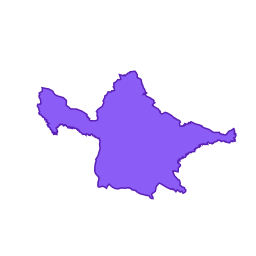 the district of Kumphawapi, Udon Thani, Thailand, rotated 128°
{"feature_id": "78962969B78626790944286", "entity_name": "Kumphawapi", "entity_type": "district", "adm_level": 2, "iso_a3": "THA", "parent_name": "Thailand", "parent_adm1": "Udon Thani", "projection": "equal_earth", "projection_center": [102.971, 17.074], "detail": "fine", "context": "isolated", "style": "filled", "palette": "violet", "viewbox_px": 256, "rotation_deg": 128, "n_neighbors": 0, "source": "geoboundaries", "source_scale": "gbopen_adm2", "svg_char_len": 5784}
<svg xmlns="http://www.w3.org/2000/svg" viewBox="0 0 256 256"><g transform="rotate(128 128 128)"><path d="M171.7,206.4L171.7,205.7L171.3,205.5L171.2,205.1L171.9,204.6L171.4,204.7L171.3,203.9L171.5,203.8L171.3,203.4L172.0,201.9L171.4,201.2L171.3,200.3L171.6,200.2L171.8,199.2L172.5,198.8L171.9,198.5L171.8,197.5L172.1,197.7L172.1,197.3L172.8,196.9L172.3,196.8L172.5,195.7L173.3,195.7L173.2,193.5L173.5,193.9L173.7,193.2L174.1,193.3L174.9,193.9L175.4,193.1L175.0,192.6L175.6,191.9L176.4,192.3L175.7,191.3L176.0,190.5L176.0,189.1L176.8,188.3L176.6,187.6L177.0,186.9L177.2,185.4L177.9,185.5L177.9,184.8L177.3,184.1L177.8,183.5L178.2,183.7L178.1,182.9L178.4,183.2L178.7,182.8L178.3,182.7L178.1,181.8L177.7,181.5L177.9,182.7L176.9,182.9L177.3,180.6L176.9,180.0L176.6,180.3L176.8,181.1L176.5,181.0L175.9,181.9L175.6,181.8L176.0,181.4L175.2,180.8L173.9,181.5L172.3,184.6L171.3,184.4L170.8,183.6L170.0,184.1L167.8,183.5L167.7,184.0L166.8,183.9L166.5,183.0L165.5,182.1L166.0,180.1L164.9,179.5L164.5,180.1L164.1,179.5L164.0,178.5L164.5,177.6L164.1,176.6L164.7,175.9L164.1,175.6L164.3,174.7L163.2,174.6L163.8,173.9L163.5,173.5L163.0,173.7L163.2,172.7L162.6,172.8L162.5,171.4L162.2,171.5L162.4,171.9L162.0,172.3L161.7,171.6L161.0,171.4L161.4,170.1L160.2,168.7L160.5,167.6L159.9,167.1L160.0,166.1L160.2,166.5L160.7,166.1L160.3,164.9L161.0,164.0L160.5,162.6L160.9,159.7L159.6,158.6L159.5,156.8L159.0,157.4L158.5,156.9L157.7,157.3L158.0,157.0L157.5,156.0L157.8,155.1L157.5,154.9L157.7,154.3L157.1,153.9L157.4,153.8L157.1,153.3L156.8,154.0L156.1,153.5L156.0,154.0L155.8,153.2L154.9,152.6L154.8,152.2L155.7,151.0L155.0,149.4L155.3,149.2L155.0,148.8L155.3,148.8L155.0,148.1L155.3,147.8L154.8,147.0L154.7,145.3L153.9,144.8L153.8,144.2L155.0,143.3L154.8,142.4L158.2,140.5L161.3,137.4L168.4,134.5L172.7,134.0L173.1,133.1L176.8,131.5L180.1,129.5L182.6,127.4L183.9,125.4L184.8,120.5L187.1,119.0L189.3,118.2L191.7,116.5L192.6,115.3L192.4,114.4L189.4,112.0L188.8,109.9L188.7,107.8L187.0,108.4L183.9,108.3L184.2,103.8L183.5,100.7L182.1,98.4L179.5,96.5L177.0,92.9L175.6,91.9L175.3,91.1L174.8,91.1L174.5,90.0L174.3,90.0L174.2,88.9L173.9,88.7L174.3,86.9L172.5,83.5L172.9,82.5L172.4,78.2L169.8,72.1L168.6,70.1L168.6,69.1L169.3,67.4L169.0,66.0L168.2,64.8L166.9,66.3L166.6,67.6L165.4,68.7L161.1,67.5L156.8,69.7L152.8,69.6L151.9,69.0L150.9,60.9L149.9,56.5L149.0,56.1L149.1,55.3L148.3,55.3L148.2,53.2L148.6,53.1L148.5,51.5L148.7,51.0L146.4,51.0L146.3,47.4L144.7,46.8L145.5,44.5L143.7,43.6L142.3,43.6L141.2,44.3L141.0,46.0L140.3,46.8L141.0,49.0L141.0,50.9L141.3,51.6L139.1,53.1L137.4,55.5L138.1,56.4L137.7,57.4L137.1,61.8L134.6,66.1L133.9,65.9L133.8,65.1L133.2,64.8L131.7,61.5L128.3,63.8L125.6,63.4L124.6,64.4L124.9,66.1L124.5,66.7L125.0,67.3L124.6,67.1L124.6,67.6L123.5,68.0L123.3,67.6L123.1,68.2L122.7,67.8L122.3,68.3L122.0,67.9L121.7,68.1L121.6,67.4L121.0,68.5L120.8,68.3L121.0,68.0L120.6,68.0L120.1,67.3L119.1,67.5L118.9,66.7L117.9,66.8L117.6,66.2L117.0,66.9L116.8,65.7L115.6,64.8L115.0,65.1L114.0,65.0L113.4,66.0L113.2,65.6L112.7,65.7L112.9,65.2L112.5,65.2L112.3,64.4L112.1,65.5L111.6,65.3L111.5,64.7L110.4,65.1L110.4,64.6L109.8,64.8L108.8,64.0L108.8,63.5L108.2,62.9L107.4,63.1L105.5,61.0L104.3,62.4L103.6,62.4L103.5,62.0L103.2,62.5L102.4,62.1L102.5,61.8L101.7,61.9L101.1,60.8L101.1,61.6L100.2,61.1L99.5,60.6L99.3,59.9L98.6,59.9L98.4,60.5L98.0,60.3L98.0,61.2L97.8,60.7L97.7,61.1L97.4,60.7L97.1,60.9L96.9,60.3L96.2,60.5L95.3,60.0L95.4,59.3L95.0,59.5L94.2,58.3L94.1,58.7L93.8,58.7L93.7,57.5L93.2,57.3L93.0,56.4L92.1,55.9L91.8,55.1L90.8,56.5L89.8,56.1L89.7,54.2L88.7,52.7L88.7,52.1L88.1,52.3L87.6,51.4L85.7,51.4L85.0,50.5L83.3,49.6L82.5,49.8L81.1,48.0L81.3,46.2L78.9,44.4L79.2,43.4L78.6,42.7L78.9,42.4L77.2,38.8L74.9,38.8L74.5,37.6L74.2,37.2L73.8,37.6L72.7,35.8L72.2,35.5L71.9,36.4L71.4,36.4L71.6,37.0L71.0,37.3L70.7,38.5L69.6,37.7L67.1,38.5L67.0,39.3L67.3,40.0L67.0,40.1L66.8,40.7L66.2,40.2L66.2,41.6L65.0,41.9L64.3,42.7L64.3,43.6L63.5,43.7L63.4,44.4L65.6,44.9L68.5,46.5L72.9,46.6L73.9,47.5L74.4,48.5L74.4,49.2L75.2,49.9L75.7,52.3L75.2,53.3L78.9,58.0L79.2,63.1L81.2,68.7L81.4,70.9L80.9,71.1L81.9,74.4L83.2,76.9L84.3,82.2L84.6,82.4L85.4,82.0L85.8,82.6L86.0,82.3L86.3,83.4L87.1,83.5L87.3,83.0L88.5,83.4L89.4,85.7L89.7,85.4L90.1,85.7L90.3,85.2L90.6,85.5L90.9,85.0L91.6,85.2L91.7,85.9L92.5,85.7L93.2,87.0L93.8,87.0L94.5,88.2L92.8,90.3L91.1,90.4L90.5,91.8L90.7,93.3L91.3,94.2L91.1,95.3L91.6,96.8L91.2,97.5L91.7,98.6L91.3,101.1L92.0,106.3L92.9,108.5L95.0,109.2L96.1,110.2L96.3,111.2L95.7,113.0L95.0,112.9L94.9,114.5L94.4,115.8L95.3,122.1L94.6,122.1L94.3,123.2L91.6,122.4L91.5,123.8L90.4,124.5L90.2,126.1L90.7,126.5L90.5,128.7L91.6,133.0L91.1,135.4L91.3,136.1L92.0,136.6L90.7,136.7L90.3,135.7L89.4,134.7L88.9,134.8L88.9,136.3L87.3,138.8L86.7,140.8L85.0,143.1L84.8,144.3L83.8,144.9L83.6,145.5L81.7,147.7L82.4,152.0L80.4,153.4L79.4,155.6L79.0,157.5L82.5,161.0L83.1,160.6L84.6,161.7L88.8,162.6L88.5,163.6L89.8,164.1L91.2,167.6L93.9,163.7L95.1,164.2L96.1,165.8L98.6,165.8L101.4,166.8L102.4,166.1L103.5,164.6L104.7,164.9L105.0,163.8L106.6,161.7L107.7,162.3L108.6,163.7L110.3,163.6L111.7,165.9L114.9,165.2L117.0,166.0L118.2,165.2L122.1,164.2L122.5,163.1L123.1,162.6L126.8,161.6L131.6,163.1L134.4,163.1L134.8,161.6L137.6,159.9L138.1,158.1L138.9,158.1L140.2,157.0L141.6,157.6L142.8,158.6L145.2,161.8L145.5,163.1L145.3,163.8L144.2,164.1L144.6,166.1L144.0,166.2L143.9,168.1L142.8,168.3L142.6,169.1L143.1,174.6L144.8,180.3L148.4,185.1L148.0,186.8L148.2,190.6L144.2,193.5L143.9,197.7L146.1,203.1L146.7,205.7L146.5,207.2L145.3,210.0L146.0,214.4L149.2,220.5L149.8,219.6L151.9,218.2L155.2,219.5L155.9,218.0L157.0,218.2L158.6,216.8L159.2,215.0L161.1,212.8L162.2,212.2L162.3,211.7L163.1,211.6L164.8,213.6L166.5,213.0L167.6,210.1L168.5,209.4L169.6,207.6L171.1,207.5L171.7,206.4Z" fill="#8b5cf6" stroke="#5b21b6" stroke-width="1.5"/></g></svg>